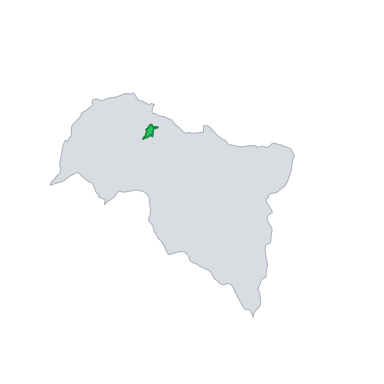 Nana-Bakassa, Ouham, Central African Republic shown in context, rotated 49°
{"feature_id": "33826404B64832249251388", "entity_name": "Nana-Bakassa", "entity_type": "district", "adm_level": 2, "iso_a3": "CAF", "parent_name": "Central African Republic", "parent_adm1": "Ouham", "projection": "robinson", "projection_center": [17.392, 6.939], "detail": "fine", "context": "in_parent", "style": "filled", "palette": "green", "viewbox_px": 384, "rotation_deg": 49, "n_neighbors": 0, "source": "geoboundaries", "source_scale": "gbopen_adm2", "svg_char_len": 5485}
<svg xmlns="http://www.w3.org/2000/svg" viewBox="0 0 384 384"><g transform="rotate(49 192 192)"><path d="M256.7,143.6L259.7,144.5L260.2,145.5L259.4,149.0L260.0,151.1L261.7,153.0L263.5,153.8L265.1,154.2L271.0,155.3L273.4,156.6L276.6,160.7L280.6,164.4L281.6,166.3L281.4,168.1L280.2,170.3L280.4,171.1L282.3,173.3L284.4,175.5L288.3,178.0L295.0,181.8L298.0,184.4L299.1,186.4L300.8,188.5L303.2,190.4L304.8,191.9L303.7,196.2L304.1,197.6L304.7,198.8L306.1,200.4L306.6,202.6L308.0,205.3L309.7,206.5L312.5,206.9L313.9,208.2L317.0,210.3L319.9,212.2L321.2,213.4L321.9,214.5L322.6,215.9L322.9,217.2L323.0,220.1L323.6,223.6L325.1,226.0L326.6,227.9L320.6,225.8L319.7,225.7L318.7,226.1L315.6,228.7L314.6,229.0L310.6,228.4L301.1,226.4L293.7,224.5L291.5,223.8L287.6,223.1L285.0,224.4L282.6,229.0L281.9,229.9L278.1,231.2L276.3,230.8L271.9,232.1L265.1,230.2L262.6,230.6L260.7,231.5L255.8,233.6L252.8,234.8L249.4,235.8L246.1,237.5L243.9,238.4L241.7,238.4L239.8,237.4L237.6,236.6L235.1,236.5L232.4,236.9L230.2,238.7L229.3,240.0L227.3,243.5L225.0,249.1L224.1,250.2L223.3,250.8L212.6,248.0L208.0,247.3L204.9,248.2L201.0,246.6L199.3,246.4L198.5,246.9L196.3,246.1L192.8,244.2L189.4,243.4L186.4,243.7L184.5,243.1L183.1,241.2L181.1,237.8L177.6,234.4L173.0,231.7L170.1,229.7L168.9,228.3L166.4,227.6L162.6,227.4L158.9,228.8L153.6,233.0L148.7,241.6L146.0,245.0L143.8,245.8L143.2,247.9L144.3,251.2L144.6,255.0L143.8,261.5L144.1,266.2L142.9,265.5L141.8,263.3L141.3,262.8L138.0,263.8L136.4,264.7L135.5,265.6L134.8,265.7L133.7,264.5L132.9,264.3L131.7,264.5L130.4,264.5L129.5,264.4L128.9,264.5L127.4,263.8L121.8,261.9L120.9,261.3L119.8,261.4L116.9,263.0L115.3,263.4L110.7,264.4L105.8,264.9L103.9,264.9L102.6,265.6L101.7,266.6L100.2,272.6L99.8,273.6L99.9,275.1L99.4,279.9L99.6,281.5L93.7,294.7L92.7,292.5L92.1,289.9L91.9,286.9L92.0,286.1L91.6,285.3L91.1,282.8L91.6,281.3L91.2,279.7L90.1,278.0L89.0,276.8L88.4,275.7L87.9,275.2L86.8,275.1L85.2,274.5L78.6,266.7L71.8,258.0L70.4,255.2L69.9,253.6L71.5,253.4L72.0,253.1L72.0,252.3L71.0,250.1L70.5,247.3L69.6,245.5L66.9,242.9L64.4,240.8L63.6,239.8L63.1,238.3L62.1,228.9L61.7,226.2L60.9,225.0L60.3,224.5L60.1,223.8L60.2,222.2L60.5,220.7L60.5,220.1L61.2,218.8L61.2,210.1L60.4,208.9L58.9,208.9L58.1,207.6L57.4,206.0L57.6,204.9L59.1,203.1L60.0,202.4L63.0,201.0L63.8,200.3L64.3,199.5L64.6,198.3L66.3,193.8L68.8,189.4L69.9,188.4L72.5,181.9L73.1,180.2L73.5,178.5L74.3,177.2L77.1,174.9L79.2,171.0L81.4,171.2L83.8,171.9L86.7,172.2L89.1,171.4L90.6,169.9L97.8,167.3L98.3,165.2L99.5,164.1L100.8,163.1L101.3,163.0L101.4,163.7L102.2,165.9L103.8,168.0L106.2,170.4L106.9,170.3L108.4,168.5L112.2,167.3L113.1,166.8L115.8,164.2L119.0,162.6L120.9,162.0L124.1,160.2L126.4,160.4L130.2,160.2L136.4,159.4L140.8,159.1L143.1,158.8L143.7,158.4L144.5,155.9L145.2,155.2L146.9,154.1L150.2,150.3L152.3,147.1L153.0,145.9L153.4,145.7L154.4,144.4L153.4,143.0L149.7,140.2L149.8,139.8L149.6,139.3L149.8,138.9L151.2,137.7L153.1,136.4L155.1,135.9L160.4,136.0L164.9,135.7L165.9,135.8L169.4,135.1L171.8,134.5L174.3,133.2L179.9,133.3L184.5,129.8L185.9,129.2L186.5,128.7L186.6,128.1L188.8,126.8L191.2,123.9L193.2,121.3L193.7,119.5L198.9,113.4L200.8,113.5L201.7,112.7L203.7,108.6L204.4,107.9L206.5,107.2L207.6,105.9L208.4,104.1L208.4,101.9L208.0,100.1L208.0,99.2L208.5,98.4L209.4,97.6L213.4,95.4L214.4,94.4L215.0,93.4L216.1,93.2L217.3,93.3L218.1,92.7L218.9,91.7L221.7,90.4L224.3,89.3L227.0,89.8L231.8,91.1L233.3,94.1L234.0,95.1L240.1,102.0L241.3,103.6L244.3,108.7L246.1,112.1L248.2,116.9L248.5,119.6L248.2,121.9L247.8,128.3L247.2,130.1L244.6,133.6L244.5,135.2L245.1,136.5L245.9,137.0L246.4,137.6L246.1,140.6L247.0,141.8L249.0,142.6L254.0,143.1L256.7,143.6Z" fill="#d9dde1" stroke="#a8b0b8" stroke-width="1"/><path d="M114.4,178.3L113.9,178.8L113.8,179.2L113.8,179.4L113.9,179.6L114.0,179.8L114.0,180.1L114.1,180.4L114.2,180.7L114.2,180.8L114.2,181.0L114.0,181.4L114.0,181.5L114.3,181.7L114.4,181.9L114.5,182.1L114.6,182.3L114.7,182.6L114.8,182.7L114.8,183.0L114.9,183.3L115.1,183.4L115.1,183.5L115.1,183.8L114.9,183.9L114.7,183.9L114.6,184.6L114.7,185.4L114.7,185.7L115.1,185.9L115.6,186.1L116.1,186.1L116.4,186.2L116.7,186.3L116.9,186.6L117.3,186.9L117.4,187.6L117.4,188.2L117.8,188.6L118.5,189.5L118.8,189.7L118.9,190.1L119.0,190.5L119.2,190.8L119.2,191.0L119.1,191.3L119.0,191.7L119.0,192.0L119.1,192.4L119.2,192.6L119.2,193.0L119.3,193.2L119.6,193.9L119.7,194.1L119.9,194.3L120.0,194.4L120.2,194.2L120.2,193.7L120.3,192.7L120.4,192.0L120.5,191.6L121.2,190.6L121.6,189.8L121.7,189.0L121.7,188.0L121.9,187.4L122.0,187.3L122.0,187.2L121.9,187.0L121.7,186.9L121.5,186.6L121.6,186.3L121.7,186.2L121.8,185.9L121.8,185.6L121.7,185.4L121.7,185.2L121.8,185.0L122.0,185.0L122.4,185.0L122.5,185.1L122.9,185.3L123.1,185.4L123.2,185.5L123.4,185.7L123.6,185.7L123.9,185.8L124.0,185.8L124.2,185.5L124.1,185.3L124.0,185.1L123.8,184.8L123.7,184.8L123.5,184.7L123.3,184.6L123.2,184.4L122.8,183.4L121.8,182.6L119.1,179.5L119.3,179.2L119.2,178.6L119.2,178.4L119.3,178.2L119.6,177.9L119.8,177.9L120.0,177.9L120.2,177.6L120.6,176.8L120.6,176.4L120.6,176.0L120.8,175.8L120.9,175.6L120.9,175.4L120.7,175.2L120.5,175.4L120.3,175.6L120.1,175.7L120.0,175.9L119.8,176.1L119.6,176.1L119.4,176.2L119.3,176.3L119.1,176.5L118.9,176.6L118.8,176.8L118.7,176.9L118.6,177.0L118.4,177.2L118.3,177.3L118.2,177.5L118.1,177.9L118.0,178.2L117.6,178.6L117.1,178.7L116.6,178.9L116.2,178.9L116.0,178.7L115.9,178.3L115.8,178.2L115.7,178.2L115.3,178.2L115.1,178.3L114.9,178.3L114.6,178.4L114.4,178.3Z" fill="#22c55e" stroke="#15803d" stroke-width="1.5"/></g></svg>